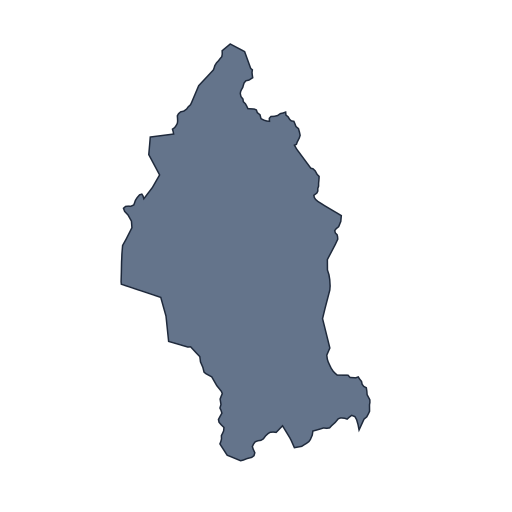 the district of Jacobina do Piauí, Piauí, Brazil, rotated 280°
{"feature_id": "56859067B3034327290943", "entity_name": "Jacobina do Piauí", "entity_type": "district", "adm_level": 2, "iso_a3": "BRA", "parent_name": "Brazil", "parent_adm1": "Piauí", "projection": "mercator", "projection_center": [-41.254, -7.912], "detail": "fine", "context": "isolated", "style": "filled", "palette": "slate", "viewbox_px": 512, "rotation_deg": 280, "n_neighbors": 0, "source": "geoboundaries", "source_scale": "gbopen_adm2", "svg_char_len": 3204}
<svg xmlns="http://www.w3.org/2000/svg" viewBox="0 0 512 512"><g transform="rotate(280 256 256)"><path d="M354.8,131.2L350.8,131.6L337.2,132.8L319.1,147.0L311.9,144.4L305.5,142.1L292.9,135.6L295.5,134.3L297.1,132.8L296.0,130.7L292.8,128.8L289.9,127.6L285.1,126.8L283.2,124.1L282.9,121.6L282.2,119.0L280.0,117.2L277.1,118.9L274.1,122.9L268.7,127.3L262.3,128.9L253.1,126.1L250.1,125.2L243.2,122.8L234.7,123.6L229.7,124.3L227.1,124.6L216.2,126.3L207.3,127.6L204.8,128.3L198.7,169.4L181.2,177.8L156.7,184.8L154.5,204.7L155.2,207.4L149.8,214.5L147.2,218.1L145.1,218.8L142.1,219.7L137.1,223.0L132.6,225.0L131.4,227.1L129.3,233.4L121.5,239.9L119.5,242.2L116.7,245.4L114.6,246.7L111.6,246.0L108.9,245.5L103.7,247.3L100.0,246.9L97.7,248.5L95.3,249.7L91.6,248.4L88.5,247.4L85.8,248.5L83.7,251.1L81.6,254.2L78.2,254.5L75.7,253.9L73.1,253.1L69.9,253.8L67.2,253.6L64.7,253.1L63.0,254.6L54.8,262.2L54.0,266.1L51.7,276.4L52.8,278.9L54.8,282.1L55.9,284.4L56.9,286.7L59.0,288.7L62.0,289.0L65.4,286.7L67.7,285.5L70.6,286.3L72.9,287.5L74.4,290.0L75.3,292.8L77.2,295.0L80.6,296.7L83.2,298.7L84.8,300.5L85.6,303.4L85.8,306.5L93.4,311.6L82.7,321.0L80.6,322.6L73.9,327.1L76.5,334.1L78.4,336.1L80.3,338.3L82.4,340.3L84.7,341.4L89.4,342.5L93.5,342.4L94.7,345.0L96.5,348.7L98.4,352.4L98.6,355.6L99.5,358.3L102.0,359.9L106.0,363.0L110.0,365.3L111.3,367.6L111.6,371.5L111.2,374.1L113.2,375.6L115.7,377.9L115.0,381.3L112.3,383.5L107.6,385.8L102.6,387.7L114.1,390.7L116.8,393.0L120.2,394.1L122.8,394.8L129.2,393.6L131.5,393.6L134.1,393.1L136.3,391.4L138.7,389.5L142.2,388.6L145.4,387.5L146.3,384.7L148.1,382.8L150.8,381.7L152.8,379.4L154.7,377.7L153.3,375.3L153.1,373.1L152.7,369.7L154.6,367.3L152.8,356.7L154.3,354.2L155.9,352.0L158.5,349.5L161.6,347.3L164.2,345.5L166.7,344.2L170.6,342.9L178.2,344.7L205.9,332.4L216.7,333.1L235.2,334.6L239.3,334.2L245.6,332.7L250.2,331.1L254.6,328.8L264.9,326.9L281.2,332.1L286.8,333.6L289.1,333.0L291.0,332.2L292.4,330.2L294.6,329.1L296.8,330.2L299.2,332.3L304.8,333.5L310.6,333.0L317.5,314.7L320.5,307.4L322.1,304.8L323.7,303.3L325.8,302.4L328.6,305.0L330.7,305.6L333.3,305.1L335.6,305.5L338.6,305.0L341.3,304.8L343.4,304.6L345.4,304.3L346.9,302.1L350.1,299.5L351.8,297.0L352.0,294.7L368.3,277.5L371.8,274.6L373.0,276.4L375.4,276.8L379.6,278.1L382.5,278.5L385.5,277.3L388.8,275.7L390.4,272.9L392.9,271.4L395.2,269.9L395.2,267.3L396.4,265.4L398.6,263.5L400.0,261.0L402.9,260.2L401.5,257.8L400.5,255.3L398.1,252.9L396.7,249.7L396.0,246.5L393.9,245.2L391.0,245.9L390.8,243.3L391.1,240.5L392.1,237.1L395.8,235.4L397.4,232.4L399.9,231.0L400.4,228.8L400.2,226.7L399.7,222.4L401.9,220.9L404.0,219.2L405.8,216.7L408.3,215.9L410.4,213.5L413.3,212.3L415.3,212.3L417.3,212.8L419.8,213.7L422.0,213.9L424.3,214.2L426.8,215.6L428.0,218.5L431.0,221.8L433.9,220.8L436.1,220.2L438.7,220.1L439.8,218.2L455.3,209.3L460.3,193.8L452.3,187.0L449.0,187.7L446.3,187.7L444.0,186.3L441.8,185.2L439.4,183.6L436.4,182.4L433.8,182.1L431.8,181.7L413.8,170.0L395.9,165.9L393.5,165.2L391.2,163.4L388.7,162.2L386.1,159.7L384.9,156.8L382.7,155.0L380.4,154.2L377.6,154.9L375.2,155.4L373.0,155.5L370.6,154.7L368.3,153.6L366.4,151.7L364.0,152.9L361.8,153.7L354.8,131.2Z" fill="#64748b" stroke="#1e293b" stroke-width="1.5"/></g></svg>